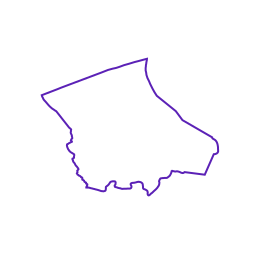 Preah Vihear, Preah Vihéar, Cambodia, rotated 113°
{"feature_id": "14789045B58116618058730", "entity_name": "Preah Vihear", "entity_type": "district", "adm_level": 2, "iso_a3": "KHM", "parent_name": "Cambodia", "parent_adm1": "Preah Vihéar", "projection": "equal_earth", "projection_center": [105.027, 13.736], "detail": "fine", "context": "isolated", "style": "outline", "palette": "violet", "viewbox_px": 256, "rotation_deg": 113, "n_neighbors": 0, "source": "geoboundaries", "source_scale": "gbopen_adm2", "svg_char_len": 4272}
<svg xmlns="http://www.w3.org/2000/svg" viewBox="0 0 256 256"><g transform="rotate(113 128 128)"><path d="M131.5,220.2L132.5,219.4L133.8,217.8L134.7,216.9L135.3,215.7L135.9,214.3L136.5,213.1L137.3,211.5L138.0,210.1L138.7,208.5L139.2,207.1L139.8,205.2L140.0,203.8L140.4,202.1L140.6,200.6L150.4,182.8L150.7,182.2L151.0,181.1L151.2,180.6L151.3,180.2L151.7,179.7L152.7,179.5L153.1,179.4L153.4,179.2L153.9,179.1L154.7,178.9L155.0,178.7L155.5,178.2L155.7,177.9L156.1,177.6L156.4,177.1L156.9,176.7L157.5,176.5L158.3,175.8L158.7,175.6L159.3,175.3L160.1,175.6L160.8,175.8L161.5,175.5L161.8,175.6L162.0,175.2L162.3,174.4L162.7,174.3L163.2,174.8L163.8,175.4L164.3,175.7L164.9,176.3L165.4,176.6L166.0,176.9L166.5,177.5L166.9,177.7L167.6,177.5L168.0,177.4L168.7,176.9L169.2,176.5L169.6,176.2L170.1,175.6L170.9,174.8L171.1,174.5L171.5,173.7L171.8,173.5L172.0,172.9L172.4,172.1L172.6,171.5L172.7,171.0L172.8,170.3L172.9,169.4L173.1,168.4L173.3,167.3L173.9,166.9L174.6,166.7L175.2,166.6L175.7,166.5L176.4,166.1L177.1,166.3L177.8,167.1L178.2,167.1L178.7,166.8L179.1,166.3L179.4,165.9L180.0,165.6L180.4,165.2L180.9,164.3L181.3,163.4L181.9,162.7L182.5,162.0L183.0,161.3L183.3,160.5L183.6,159.8L184.3,158.8L184.6,158.1L185.3,157.5L186.0,157.6L186.6,157.9L187.3,158.0L187.8,157.6L188.4,157.2L189.0,157.3L189.7,157.4L190.0,157.0L190.3,156.6L190.6,156.2L190.6,155.4L190.9,155.0L191.0,154.6L190.9,153.9L191.0,153.2L191.3,152.3L191.6,152.0L191.5,151.5L191.5,151.1L191.7,150.7L192.1,150.3L192.9,150.2L193.4,149.8L193.4,148.7L193.7,147.8L194.4,147.2L194.6,146.6L194.6,145.8L194.7,145.3L195.1,145.2L195.5,144.9L195.5,144.2L195.7,143.5L196.0,143.3L196.5,143.2L197.0,143.3L197.4,143.0L197.9,143.1L198.7,143.3L199.1,143.1L198.6,141.8L198.3,141.2L198.0,139.6L197.9,138.5L197.7,137.6L197.5,136.1L197.3,135.1L197.2,134.1L197.0,133.0L196.8,131.6L196.7,130.6L196.6,129.5L196.6,129.0L196.5,128.0L196.1,126.7L195.9,125.9L195.3,125.1L194.8,124.5L194.3,124.3L193.4,124.4L192.8,124.6L192.3,124.7L191.8,125.0L191.3,125.2L190.8,125.3L189.8,124.8L188.8,124.2L187.6,123.7L185.6,123.3L184.6,123.1L183.9,122.5L183.3,121.6L183.0,121.2L182.6,120.2L182.4,119.7L182.3,118.8L182.8,118.2L183.5,117.9L184.2,117.7L184.8,117.5L185.4,117.6L186.0,117.8L186.5,117.7L186.9,117.3L187.2,117.1L187.2,116.1L187.0,114.9L187.0,114.0L186.9,113.3L186.8,112.8L186.7,112.2L186.5,111.5L186.5,111.0L186.4,109.9L186.3,109.5L186.0,109.0L185.8,108.6L185.4,107.8L185.0,106.9L184.6,105.9L184.1,105.0L183.3,103.1L182.9,102.4L182.2,101.8L181.5,101.7L180.8,101.8L180.1,102.2L179.7,102.6L179.3,103.2L178.9,103.5L178.4,103.7L177.9,103.6L177.4,103.3L177.1,102.9L176.7,102.4L176.5,101.8L176.2,101.4L176.0,100.9L175.6,100.4L175.3,99.9L175.0,99.5L174.4,98.8L173.9,98.2L173.7,97.7L173.3,97.2L173.2,96.6L173.0,95.8L172.9,94.9L173.1,93.9L173.4,93.1L173.8,92.7L174.3,92.3L175.1,91.9L175.5,91.6L176.1,91.3L176.6,91.0L177.1,90.9L177.6,90.5L177.9,90.1L178.0,89.5L177.9,88.6L177.9,87.7L178.0,87.1L178.1,86.5L178.3,85.8L178.6,85.4L179.0,85.1L179.5,84.7L180.5,84.4L181.3,84.0L181.6,83.7L181.9,83.3L182.0,82.8L181.6,82.2L180.9,81.8L180.3,81.5L179.6,81.3L179.2,81.1L178.5,80.6L177.4,80.1L176.4,79.7L175.3,79.2L174.5,78.8L173.4,78.3L172.2,77.9L171.4,77.6L170.5,77.5L169.2,77.2L168.0,77.2L167.2,77.4L165.9,77.8L164.9,78.6L163.9,78.7L162.6,78.6L162.0,78.5L161.5,78.1L161.1,77.4L160.6,76.6L160.3,75.9L159.7,74.9L159.3,73.9L159.0,73.2L158.4,72.4L157.5,71.9L156.4,71.3L155.5,70.9L154.6,70.8L153.6,70.7L152.6,70.7L151.7,70.7L150.8,71.0L150.2,70.7L150.1,70.1L150.0,69.3L149.8,68.4L149.7,67.7L149.4,67.1L148.9,66.4L148.6,65.6L148.4,64.5L148.3,63.2L148.4,61.7L148.2,60.3L147.6,59.3L147.0,59.0L146.5,58.7L141.0,39.1L118.6,38.8L117.9,37.5L116.8,36.4L115.7,35.9L114.6,35.8L113.4,36.3L112.0,37.0L110.4,37.7L108.8,38.7L107.8,39.4L106.9,40.2L106.0,41.2L105.3,42.4L105.0,43.2L104.9,43.9L104.8,44.5L104.7,45.2L104.7,45.7L104.4,46.4L103.7,46.9L99.5,80.9L93.8,90.6L87.1,114.1L84.7,117.6L82.2,120.8L80.5,122.8L78.7,124.9L76.8,126.8L74.4,129.6L72.0,131.7L69.8,133.0L68.2,134.2L65.9,135.2L64.4,135.6L63.0,136.1L61.8,136.3L60.9,136.6L59.6,136.9L58.1,137.2L56.9,137.6L57.5,138.4L58.9,140.2L62.2,144.4L64.8,147.8L68.5,152.2L71.7,156.2L74.9,159.6L77.0,162.0L77.7,162.9L79.3,165.2L82.4,169.1L87.3,174.1L116.8,205.1L120.0,208.3L131.5,220.2Z" fill="none" stroke="#5b21b6" stroke-width="2"/></g></svg>